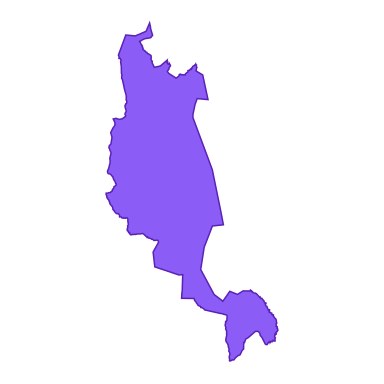 Alcozauca de Guerrero, Guerrero, Mexico
{"feature_id": "50627088B7685110871098", "entity_name": "Alcozauca de Guerrero", "entity_type": "district", "adm_level": 2, "iso_a3": "MEX", "parent_name": "Mexico", "parent_adm1": "Guerrero", "projection": "equal_earth", "projection_center": [-98.38, 17.368], "detail": "fine", "context": "isolated", "style": "filled", "palette": "violet", "viewbox_px": 384, "rotation_deg": 0, "n_neighbors": 0, "source": "geoboundaries", "source_scale": "gbopen_adm2", "svg_char_len": 6001}
<svg xmlns="http://www.w3.org/2000/svg" viewBox="0 0 384 384"><path d="M118.4,55.1L119.2,56.9L118.9,58.4L120.3,58.5L120.6,59.5L121.2,60.0L121.2,60.3L120.7,61.2L120.6,61.8L121.3,66.5L121.4,73.0L121.5,73.7L122.0,74.8L122.0,75.3L121.6,76.0L121.7,76.9L121.7,78.6L122.3,79.2L123.7,85.5L124.4,89.0L126.1,95.0L126.2,96.5L126.4,97.0L126.2,97.4L126.3,98.3L126.2,98.6L126.2,99.1L126.1,99.9L126.7,100.7L126.8,102.7L126.6,103.2L125.8,103.7L125.7,104.1L125.7,104.7L125.4,104.9L125.0,105.3L125.1,107.3L126.2,110.6L126.1,111.6L125.4,112.7L125.0,113.9L125.0,114.4L125.6,115.4L125.6,116.2L125.4,116.5L124.7,116.9L124.4,117.4L123.9,117.5L123.3,118.1L122.6,118.4L122.1,118.9L121.3,118.9L120.2,119.3L118.5,119.2L115.9,118.3L113.2,119.0L114.6,121.8L115.0,123.7L114.8,125.5L113.0,127.9L110.7,132.6L112.0,137.2L111.0,143.6L110.7,144.3L110.1,144.9L109.4,145.4L108.9,147.6L111.1,152.9L109.8,158.3L109.8,159.0L110.2,159.8L110.0,161.3L110.1,162.1L110.0,163.4L109.5,164.7L109.5,165.3L108.6,168.5L107.5,171.1L107.5,171.9L107.9,173.1L108.2,173.6L110.5,174.2L112.4,176.5L113.0,177.0L113.0,177.6L113.6,179.3L114.6,181.0L115.1,181.5L115.6,183.5L116.2,183.9L116.3,184.8L114.7,186.3L114.0,186.6L113.9,187.6L113.4,188.5L112.5,189.4L112.4,190.7L112.2,191.1L111.6,191.2L111.3,191.8L110.5,192.1L110.0,192.7L108.8,192.6L107.7,193.2L106.2,193.1L106.1,193.9L106.1,194.8L106.5,195.3L106.8,196.3L106.9,197.7L107.4,198.0L107.6,198.6L107.9,198.8L108.0,199.3L108.8,199.9L108.9,200.8L109.2,201.1L109.7,202.9L110.0,203.0L110.0,203.9L110.5,204.7L111.6,205.7L111.9,206.2L112.3,206.6L112.8,208.1L112.9,209.4L113.1,209.5L113.3,210.0L114.3,210.7L114.4,211.4L116.3,213.5L116.8,213.5L117.3,213.8L118.5,213.6L118.8,214.3L119.5,215.1L119.5,216.5L119.7,217.0L120.4,216.8L121.1,216.9L121.3,217.0L121.6,217.6L122.2,218.0L123.5,218.2L123.8,218.1L124.1,217.7L124.8,218.1L125.2,218.0L125.5,218.3L126.9,217.7L127.6,218.5L128.0,219.7L127.8,220.2L127.9,220.6L127.8,221.0L128.0,222.2L128.3,222.5L128.1,223.1L128.3,224.3L128.2,225.0L127.6,225.8L127.8,226.2L127.6,227.0L127.9,227.7L127.3,228.5L127.3,229.0L127.1,229.6L127.4,230.8L128.2,230.9L128.3,231.9L128.9,232.8L129.5,232.6L129.5,233.2L130.3,234.6L131.1,234.9L131.6,234.5L133.7,234.5L134.4,234.2L135.2,234.5L137.1,234.0L140.5,233.9L142.5,233.5L143.6,234.0L144.7,235.1L145.3,235.5L145.8,236.2L147.1,236.7L147.5,237.0L147.1,237.2L147.0,237.4L147.1,237.6L148.0,237.5L148.6,238.0L150.6,238.5L151.6,239.2L152.7,239.3L153.2,239.7L153.7,240.4L156.0,240.4L156.6,240.1L157.9,240.4L158.6,242.1L153.1,252.1L154.8,266.9L179.0,275.0L182.7,274.6L182.2,291.5L181.9,292.7L181.6,298.3L193.4,298.5L194.0,298.4L194.2,298.8L194.6,300.4L196.0,302.1L196.6,303.2L197.0,303.6L198.2,305.5L200.5,306.4L200.7,306.7L200.8,307.5L201.6,307.5L203.1,308.3L203.9,308.9L204.6,309.9L220.6,313.5L222.5,313.7L223.4,314.2L226.2,314.9L227.0,315.4L227.1,317.4L226.9,318.7L227.0,320.0L226.4,320.8L226.3,321.3L225.9,321.3L225.5,322.0L225.5,322.4L225.7,323.1L225.2,324.3L225.2,325.7L225.9,327.7L225.6,329.0L226.5,330.7L226.7,332.8L226.5,333.8L226.8,334.8L225.9,338.8L225.8,340.0L226.1,341.6L227.6,343.8L228.0,344.9L228.3,345.7L228.3,346.9L228.9,348.6L229.1,349.9L228.8,350.5L228.8,351.2L229.6,352.5L229.9,354.4L229.3,356.2L229.2,357.6L229.4,358.5L229.8,359.0L229.4,360.2L229.8,361.0L231.3,360.6L232.4,359.9L233.9,359.9L235.4,357.9L237.7,355.8L240.1,354.8L242.2,350.3L243.6,349.1L243.7,342.5L244.5,342.6L245.7,339.1L248.4,337.5L255.4,331.4L258.2,331.4L258.7,331.9L260.0,333.7L260.1,335.2L262.1,337.7L265.3,344.1L265.9,344.5L267.1,344.6L267.5,344.1L267.9,342.9L268.7,342.8L269.1,341.9L269.7,342.1L270.1,341.4L270.4,341.6L270.4,342.2L270.8,341.6L272.0,341.8L272.1,341.3L272.8,341.2L273.2,340.3L274.3,341.0L275.0,341.1L275.1,340.8L275.1,340.2L274.9,338.8L275.4,337.9L274.6,336.9L274.9,335.2L275.1,335.0L274.9,334.8L274.9,334.3L275.3,334.5L276.1,334.3L276.3,333.6L275.8,332.7L276.5,331.8L277.0,331.8L277.2,331.3L277.9,330.3L277.6,328.7L277.0,328.2L277.3,327.4L277.2,326.7L276.2,326.4L276.4,325.8L276.1,324.7L276.2,323.6L276.6,323.4L276.7,323.0L276.7,322.5L276.3,321.8L276.4,320.8L276.2,319.8L275.9,319.4L275.7,318.8L274.8,318.2L274.4,317.3L273.2,316.0L273.4,315.4L273.4,314.8L271.9,314.6L271.8,314.3L271.8,313.2L271.0,312.9L270.1,312.3L269.5,312.5L269.1,311.7L269.5,310.8L269.6,309.8L269.4,309.7L268.8,310.2L268.4,309.8L268.2,309.8L266.9,306.4L266.4,306.5L265.8,305.7L265.4,304.6L266.0,303.6L265.8,302.9L265.5,302.9L265.2,303.2L264.8,303.0L264.2,301.9L264.0,301.0L261.7,298.2L260.7,298.4L260.2,297.5L260.1,297.1L259.8,297.4L256.4,293.7L255.3,293.1L255.0,293.2L254.0,293.0L253.1,292.6L252.9,292.2L252.3,291.6L251.8,291.7L251.6,290.9L251.2,290.6L251.0,290.8L250.4,290.1L249.9,291.0L243.1,290.9L237.5,294.4L229.8,291.3L222.8,301.3L222.7,301.3L222.7,301.0L214.1,294.5L200.7,269.5L204.2,247.2L212.4,226.0L223.4,224.8L220.8,211.3L212.3,169.7L192.9,117.5L193.0,114.2L195.1,104.3L197.2,98.6L208.0,99.6L202.7,74.9L196.1,71.0L196.6,67.9L196.9,67.6L196.2,65.4L196.4,65.0L195.7,64.8L195.6,64.2L195.3,64.7L194.9,64.8L194.6,65.4L193.0,66.2L192.2,67.4L191.4,69.3L190.8,69.1L190.8,68.8L190.0,69.5L189.6,70.4L188.2,70.4L187.9,70.6L188.0,71.3L187.7,72.2L187.3,72.4L185.5,73.7L185.1,74.9L184.0,74.8L183.4,75.0L182.9,74.7L182.1,74.8L181.4,74.5L180.8,74.7L180.4,74.2L179.8,74.6L179.6,74.4L179.2,74.8L178.8,76.2L176.1,78.1L168.9,73.5L167.4,71.6L167.6,70.9L169.0,69.0L169.0,68.3L169.3,67.5L170.5,65.8L170.3,65.0L169.9,64.6L169.3,63.4L168.9,64.1L168.3,64.3L167.8,63.9L167.7,63.0L167.1,62.9L167.0,62.7L167.7,61.8L167.6,61.4L167.0,60.9L167.1,60.2L160.3,66.0L154.3,67.3L152.3,63.1L152.1,62.2L152.3,61.2L151.7,60.7L150.9,59.4L151.3,57.7L151.0,55.5L149.1,54.2L147.5,53.5L147.2,53.1L146.9,52.3L145.7,52.0L145.4,51.5L144.7,50.9L144.7,50.5L143.1,50.0L143.0,49.5L143.1,48.4L142.8,48.3L142.8,47.8L142.3,47.0L142.5,46.7L142.4,46.1L142.0,45.8L141.9,45.1L140.8,43.8L140.4,42.7L139.5,41.6L139.6,41.3L140.8,41.0L141.3,40.4L144.5,38.8L150.7,37.7L152.6,35.3L150.7,28.9L150.5,27.1L149.6,23.0L146.2,31.0L145.4,31.6L135.3,35.9L125.8,35.0L118.4,55.1Z" fill="#8b5cf6" stroke="#5b21b6" stroke-width="1.5"/></svg>